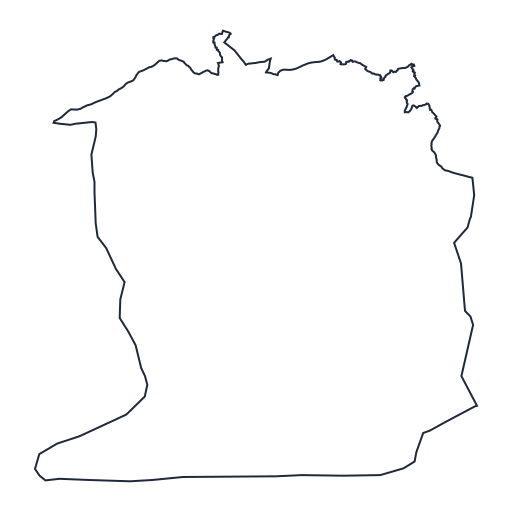 the district of Oluyole, Oyo, Nigeria
{"feature_id": "59680162B11018926765325", "entity_name": "Oluyole", "entity_type": "district", "adm_level": 2, "iso_a3": "NGA", "parent_name": "Nigeria", "parent_adm1": "Oyo", "projection": "mercator", "projection_center": [3.901, 7.219], "detail": "fine", "context": "isolated", "style": "outline", "palette": "slate", "viewbox_px": 512, "rotation_deg": 0, "n_neighbors": 0, "source": "geoboundaries", "source_scale": "gbopen_adm2", "svg_char_len": 5767}
<svg xmlns="http://www.w3.org/2000/svg" viewBox="0 0 512 512"><path d="M333.3,55.1L326.3,59.3L323.7,60.5L321.2,61.4L318.4,61.9L314.1,62.2L310.7,62.7L307.6,63.5L303.7,65.2L302.9,65.4L299.3,67.2L295.9,68.7L293.7,69.3L291.1,69.8L289.2,69.9L284.0,69.6L281.4,70.3L279.9,71.1L278.2,72.9L277.6,75.1L276.4,74.8L275.8,74.3L273.6,74.2L271.4,73.2L269.9,72.8L266.0,72.4L266.4,71.5L268.9,68.3L269.9,61.4L270.7,58.6L267.9,59.6L265.4,61.3L264.4,61.7L259.1,62.2L255.6,63.0L252.9,63.2L250.8,63.5L248.9,63.6L247.8,63.9L246.5,64.5L246.0,64.9L245.8,64.9L243.7,61.6L242.6,60.6L234.6,50.5L227.0,44.5L224.3,42.5L226.4,39.6L227.5,38.4L227.8,37.9L228.0,37.3L228.8,37.3L229.3,34.9L230.7,33.9L230.7,33.7L230.3,33.2L229.0,32.5L226.0,31.7L222.9,30.7L221.9,34.0L220.4,33.9L220.0,33.7L219.6,33.8L219.2,33.7L218.9,34.1L218.1,34.6L215.8,35.5L215.1,36.5L213.3,37.1L213.3,38.1L214.0,38.5L213.1,41.5L213.4,42.6L214.5,42.5L214.7,44.6L215.3,46.4L215.5,47.6L216.8,47.7L216.8,49.8L218.2,49.9L218.4,51.2L219.8,52.6L220.0,53.5L220.0,54.6L220.2,55.1L220.6,55.9L222.0,57.3L222.1,59.1L221.9,60.3L222.6,62.2L218.1,63.0L218.4,63.4L218.4,64.2L218.9,65.9L218.9,66.3L218.5,67.1L218.5,67.6L218.2,68.6L218.2,71.0L218.5,72.1L218.2,73.5L218.1,74.4L218.2,74.7L217.0,74.8L216.3,74.3L214.4,73.9L214.0,73.6L213.1,73.4L211.6,73.2L210.8,72.6L209.4,71.2L208.7,70.8L208.4,70.8L208.0,70.4L207.5,70.3L205.5,70.8L204.7,71.4L202.9,72.1L201.7,73.0L201.0,73.2L199.0,74.3L198.5,74.2L197.1,73.6L196.4,73.6L194.8,73.3L193.4,72.3L192.2,70.7L191.4,69.9L190.3,67.9L189.0,66.8L188.3,65.8L187.1,65.5L186.2,64.8L185.6,64.0L184.5,63.1L183.7,61.7L182.0,61.1L181.3,60.7L179.0,60.0L177.7,59.1L177.2,58.5L176.4,58.3L175.6,58.4L174.5,58.3L174.0,58.4L171.1,59.3L169.7,59.5L167.4,60.9L166.5,61.2L164.0,61.0L161.3,60.4L159.3,60.8L154.5,65.1L151.0,67.1L149.8,67.0L143.4,70.3L138.9,72.0L136.7,74.7L135.2,77.7L133.2,80.4L130.8,81.5L127.8,82.6L125.9,83.9L123.7,86.4L121.2,88.2L118.6,89.5L117.1,90.9L114.8,92.0L113.0,93.8L110.3,96.2L106.3,98.2L95.5,102.2L92.1,103.9L88.8,105.0L87.4,105.2L82.4,107.6L80.8,108.7L77.3,109.6L70.8,109.4L68.0,111.4L64.0,114.9L61.8,117.0L58.6,119.0L55.6,120.5L54.3,121.0L53.6,122.8L60.2,123.8L70.5,124.8L75.1,123.8L92.0,122.0L95.5,122.5L96.3,129.3L95.7,136.7L91.4,154.6L92.7,172.6L94.5,181.9L94.5,192.4L95.7,223.3L97.6,236.9L106.2,248.1L116.0,269.1L124.6,282.1L120.3,299.4L119.7,318.0L128.3,331.6L135.6,345.2L141.2,368.1L145.0,376.1L147.3,384.8L144.8,396.5L126.4,414.5L79.8,436.1L57.1,443.6L39.3,454.1L35.0,468.9L39.5,475.6L45.4,480.4L59.5,478.8L89.6,480.0L130.1,481.3L152.2,480.0L182.9,477.0L275.9,476.3L301.7,475.1L343.4,475.7L380.2,475.1L403.6,468.3L414.6,461.5L416.4,452.0L423.2,433.0L429.9,430.6L443.4,423.1L474.8,406.4L477.0,405.8L461.4,376.1L473.1,324.9L470.5,316.6L465.0,310.9L461.0,263.4L454.1,242.8L467.6,227.4L469.8,219.2L470.9,216.8L474.2,195.2L472.4,177.8L453.2,172.8L448.1,170.9L444.7,170.2L442.1,168.0L441.4,166.7L438.4,164.6L436.8,162.4L436.6,159.2L436.1,158.0L435.9,155.2L434.3,152.3L432.4,150.8L431.4,149.0L431.8,148.3L431.5,147.2L431.3,145.2L431.6,144.5L431.6,143.8L431.5,143.0L431.8,141.6L433.0,139.6L434.0,138.4L434.7,137.2L435.3,136.4L435.7,135.4L437.4,132.9L438.3,130.1L439.4,128.2L439.4,126.8L440.0,126.0L440.1,125.6L439.7,125.2L439.3,124.3L438.8,123.8L438.5,123.3L437.6,122.3L437.3,121.5L437.2,120.7L437.5,119.7L437.2,119.2L435.5,118.8L435.3,118.4L435.6,117.7L436.4,116.8L436.5,116.5L436.4,116.4L435.8,115.9L433.9,113.7L432.4,112.3L432.1,111.8L431.3,109.7L431.0,109.6L430.1,109.8L430.1,109.2L429.7,108.3L429.7,107.7L429.4,106.6L429.5,105.8L428.3,103.9L427.5,103.9L427.0,103.5L426.7,103.5L425.8,104.4L424.8,104.9L424.4,104.9L422.6,105.3L421.5,106.0L420.7,105.8L418.9,106.0L418.0,107.0L417.5,107.0L417.0,107.3L417.0,107.7L416.7,107.9L415.3,106.5L413.6,105.4L413.2,105.4L412.5,105.8L412.2,106.2L411.6,108.1L411.5,108.8L411.1,109.2L410.4,110.5L408.2,112.4L407.1,112.1L406.5,112.2L405.4,112.0L404.8,112.2L404.8,110.4L405.5,109.5L405.8,108.4L406.6,107.2L406.9,105.9L406.9,105.6L407.6,104.4L407.6,103.9L407.5,103.6L406.9,103.0L406.7,102.1L406.8,101.1L407.0,100.6L406.9,100.0L406.1,99.5L405.9,98.4L405.5,98.1L405.0,97.9L404.8,97.5L404.9,97.1L405.5,96.2L407.0,95.9L409.5,94.4L410.5,94.1L412.4,92.7L412.9,92.1L412.9,91.6L412.3,91.1L412.5,90.6L412.6,89.6L412.7,89.3L413.7,88.3L414.1,88.7L414.5,88.7L415.4,86.9L416.0,86.3L419.4,85.5L419.1,83.5L418.6,82.3L416.3,79.4L415.6,77.8L414.3,76.4L415.0,75.9L415.2,75.5L414.7,75.0L414.3,75.0L414.3,73.9L414.5,73.2L414.9,72.8L414.8,72.6L413.9,71.8L413.6,71.4L413.2,71.8L412.6,71.1L413.5,70.1L411.3,67.4L411.4,67.2L412.3,66.5L413.8,66.1L414.4,65.8L413.8,64.5L412.1,64.8L411.8,63.9L411.4,63.7L410.3,64.7L409.2,65.2L407.9,66.7L405.1,68.0L404.1,68.1L403.5,67.9L402.9,68.0L399.6,68.5L397.8,69.1L397.7,69.7L397.5,70.0L397.5,70.5L396.6,70.8L395.8,72.0L394.4,71.7L393.7,72.0L393.4,72.3L393.1,72.1L392.2,70.9L391.6,70.5L390.4,70.4L390.3,70.9L390.8,71.3L390.2,71.8L390.1,72.7L389.2,73.4L388.4,73.6L387.1,74.7L385.9,75.3L385.4,76.1L385.4,76.9L384.5,77.5L383.9,78.8L383.5,78.8L383.7,79.4L383.7,79.9L383.5,80.1L382.8,80.2L382.4,80.4L380.5,80.4L380.4,80.3L380.8,80.0L380.8,79.5L381.0,79.0L380.9,78.7L380.4,78.7L380.3,78.4L380.6,77.7L381.2,77.1L380.1,75.2L379.7,75.5L378.4,74.7L376.8,74.5L376.2,74.6L375.0,74.2L374.6,74.2L374.1,73.7L373.5,73.5L373.1,73.4L372.8,73.6L371.8,73.3L370.6,72.1L367.9,71.2L366.2,70.0L365.2,69.0L365.4,68.4L366.2,67.0L361.8,64.5L360.4,63.3L357.1,62.4L356.0,61.7L355.1,61.4L354.5,61.4L352.7,61.8L352.2,60.6L351.3,60.8L350.8,60.0L350.3,60.3L349.7,60.9L349.0,61.2L348.8,61.3L348.9,61.6L348.6,61.7L346.2,61.9L346.1,63.5L345.9,64.0L344.5,64.3L341.0,64.3L340.5,64.0L340.8,63.5L341.0,62.4L340.8,62.1L339.8,61.6L339.6,61.1L337.9,61.6L337.3,61.6L337.0,61.2L336.6,59.8L335.2,59.8L334.6,58.6L334.8,57.6L334.0,56.6L333.3,55.1Z" fill="none" stroke="#1e293b" stroke-width="2"/></svg>